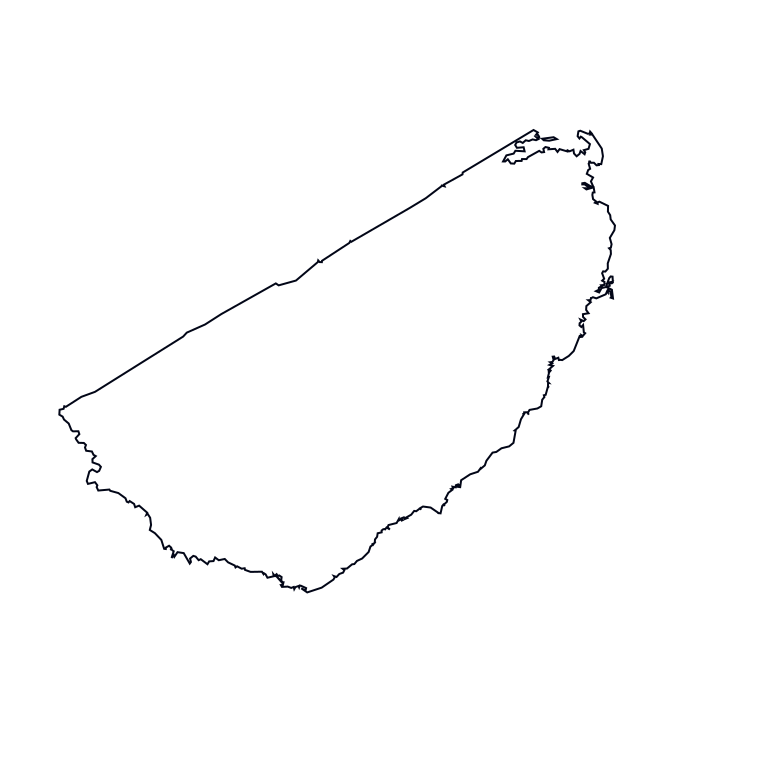 the district of Misamis Occidental, Misamis Occidental, Philippines, rotated 60°
{"feature_id": "2640588B78942230860818", "entity_name": "Misamis Occidental", "entity_type": "district", "adm_level": 2, "iso_a3": "PHL", "parent_name": "Philippines", "parent_adm1": "Misamis Occidental", "projection": "albers", "projection_center": [123.731, 8.341], "detail": "fine", "context": "isolated", "style": "outline", "palette": "ink", "viewbox_px": 768, "rotation_deg": 60, "n_neighbors": 0, "source": "geoboundaries", "source_scale": "gbopen_adm2", "svg_char_len": 6119}
<svg xmlns="http://www.w3.org/2000/svg" viewBox="0 0 768 768"><g transform="rotate(60 384 384)"><path d="M312.5,683.0L319.3,689.9L322.5,690.3L324.5,683.4L328.4,682.9L329.6,684.4L333.4,684.7L338.1,674.6L339.6,674.5L345.6,668.6L353.7,665.0L357.3,665.6L358.8,664.5L358.2,662.8L362.9,660.4L366.3,661.1L366.9,656.9L377.1,653.4L378.4,655.1L378.3,653.6L382.9,653.4L389.6,656.2L393.3,659.8L398.6,657.0L407.7,654.8L416.8,656.8L417.8,655.5L416.6,654.7L416.6,651.0L419.3,650.1L420.7,651.0L421.3,649.6L421.0,650.8L423.6,649.9L423.1,649.1L428.4,654.9L427.3,651.6L428.8,651.9L426.4,646.9L430.3,642.0L442.4,642.0L441.6,640.2L438.2,639.2L437.5,635.1L439.3,633.4L443.9,632.6L444.1,630.3L451.8,627.0L450.2,624.1L452.1,620.2L449.8,617.0L454.0,615.2L455.9,609.4L460.5,608.2L466.6,604.0L468.6,604.3L468.4,602.4L472.8,599.6L473.9,596.8L475.5,597.3L480.0,593.5L485.5,583.6L488.4,583.4L487.9,582.6L489.7,581.7L493.5,581.8L495.5,575.2L494.2,575.2L493.4,574.9L495.4,574.6L495.0,572.1L497.2,572.0L497.4,570.5L500.0,569.2L502.1,570.8L503.9,571.4L504.7,570.8L505.1,571.2L496.6,573.2L496.0,573.7L495.6,574.5L496.8,573.3L505.8,571.5L505.9,570.6L507.4,572.0L506.6,573.8L508.7,573.8L511.3,568.7L514.2,566.3L514.6,563.7L516.8,564.3L515.6,562.3L516.2,559.0L517.7,559.2L516.4,557.7L517.2,556.8L521.8,553.5L523.6,555.2L519.6,557.8L526.1,554.7L529.2,539.8L528.1,525.6L526.8,523.3L525.3,523.4L527.4,521.6L526.2,517.7L526.9,513.7L525.4,511.4L523.3,512.2L525.3,508.3L524.2,501.8L525.1,499.7L523.7,495.9L524.2,490.2L521.8,481.3L518.0,477.0L517.7,474.4L516.1,473.9L517.7,473.7L516.5,471.1L517.5,470.5L516.4,471.1L514.1,469.5L512.9,466.4L510.1,464.1L511.3,460.2L509.7,459.3L509.4,457.3L510.0,455.8L510.8,456.4L509.5,453.5L512.9,451.7L509.8,452.5L508.4,450.6L510.7,442.6L508.3,438.6L509.6,439.1L509.6,436.8L511.1,436.9L511.2,436.0L509.0,436.3L509.4,433.5L511.3,433.8L511.7,431.0L510.7,431.5L510.8,425.8L509.0,421.3L510.3,419.7L509.7,415.1L511.4,414.7L509.6,414.8L509.6,411.5L514.3,405.4L522.9,401.3L523.7,402.1L523.0,401.3L524.3,399.7L518.8,394.6L518.1,392.8L520.0,392.4L518.4,392.5L517.5,388.5L516.1,387.2L514.1,388.4L510.4,382.6L509.8,377.8L508.5,378.3L508.9,376.3L507.2,376.0L509.3,373.6L507.6,372.4L508.0,369.9L509.2,369.4L510.0,370.9L509.0,372.7L511.4,369.6L505.9,365.3L505.3,354.5L507.0,346.5L504.7,341.3L505.8,342.6L504.9,337.4L501.7,333.7L497.7,324.3L499.0,320.7L498.4,314.4L500.6,306.8L499.7,301.3L490.0,293.1L490.1,293.6L489.6,294.1L488.6,288.9L483.0,283.0L480.0,277.6L479.5,279.3L479.7,277.4L478.6,276.8L480.0,274.2L483.0,273.9L481.0,274.0L479.2,270.9L481.9,263.4L481.9,259.0L476.7,254.8L475.5,251.6L473.7,251.2L474.2,249.4L468.4,243.5L469.4,242.5L468.4,243.4L465.0,241.3L465.5,240.7L463.5,241.2L460.5,237.8L460.2,238.8L456.5,235.2L455.1,235.5L456.3,234.6L455.4,232.1L455.5,234.3L453.9,234.6L452.8,228.6L450.2,231.1L450.2,228.1L448.3,229.1L449.1,227.1L448.0,225.1L444.7,224.2L445.3,222.9L447.9,223.2L448.4,219.9L451.5,220.8L450.6,220.1L452.4,217.7L452.1,209.9L450.3,203.2L439.7,189.8L441.4,190.7L442.1,189.0L440.4,188.6L441.8,187.8L440.6,184.4L439.2,185.1L432.5,182.1L433.3,184.6L431.0,185.4L429.2,184.2L428.6,181.8L426.4,181.7L429.4,179.6L428.8,177.2L425.5,178.1L423.0,176.8L425.0,171.5L420.9,171.9L417.7,169.8L416.5,164.0L413.6,165.2L414.6,163.2L412.4,161.2L413.3,161.7L413.3,159.7L416.0,157.3L417.2,147.1L415.4,144.7L416.8,144.4L413.8,142.7L415.3,143.2L417.2,141.5L418.9,142.8L417.8,141.2L418.9,141.0L419.4,142.7L422.0,143.2L422.6,144.5L424.4,142.9L416.3,139.5L413.8,141.2L414.8,142.3L413.0,141.8L411.2,143.0L411.8,139.4L410.2,138.6L409.2,139.5L409.8,137.7L408.8,137.6L409.5,135.6L410.0,137.0L410.7,136.4L410.5,135.0L405.3,132.4L404.2,133.9L404.9,136.0L408.4,140.3L407.4,138.7L408.6,138.4L408.6,140.7L411.1,143.0L409.7,147.6L412.3,151.9L409.6,154.0L409.8,150.8L408.1,149.8L408.1,146.3L407.1,146.5L408.4,143.6L405.8,142.0L403.6,143.4L402.9,140.7L397.1,139.7L396.0,137.9L397.3,136.1L396.1,132.5L391.4,129.9L384.9,122.5L381.4,120.7L379.0,121.2L379.4,119.4L376.7,117.0L370.4,115.4L366.0,107.6L362.2,104.7L354.8,105.4L350.9,103.7L346.7,103.9L341.8,100.9L333.8,106.3L333.5,108.2L334.8,108.9L332.5,110.7L332.1,109.0L328.4,110.5L324.4,109.0L322.6,107.5L323.3,105.9L318.5,104.1L316.7,111.4L314.9,112.2L316.9,109.0L315.8,107.7L314.6,108.3L314.9,107.3L314.2,108.3L314.5,109.1L311.5,110.4L310.3,112.5L309.3,111.9L310.2,109.5L316.8,105.8L316.8,104.0L312.0,103.5L309.7,99.7L303.4,103.3L300.8,100.2L300.7,97.9L295.5,96.6L294.6,94.5L294.3,94.5L294.0,95.3L293.5,95.6L294.3,94.3L295.9,94.2L297.3,91.6L300.9,90.6L301.8,88.5L300.7,88.2L302.2,85.9L296.2,80.5L289.0,77.7L272.2,78.8L271.4,80.2L271.0,78.8L268.5,79.3L269.9,80.6L269.2,82.4L262.8,87.4L262.4,89.3L266.2,92.4L269.1,92.0L268.2,89.9L269.4,89.2L279.2,85.7L282.6,89.3L281.4,94.0L284.0,93.9L285.3,95.4L280.5,97.3L282.5,99.6L283.1,103.3L279.4,104.2L275.8,102.8L275.3,106.9L273.3,108.3L273.6,108.8L274.4,108.6L274.5,108.7L268.4,114.5L269.8,117.7L265.9,118.2L263.0,124.2L261.9,123.1L259.5,125.7L260.0,128.4L263.2,129.4L262.2,131.8L259.7,133.0L259.5,145.9L260.5,148.1L258.2,152.0L259.6,153.3L256.8,158.3L258.3,161.0L256.4,163.9L251.3,164.4L251.9,167.8L250.8,169.6L247.2,163.7L249.3,156.5L247.7,153.6L252.8,145.9L248.8,144.7L245.9,150.8L242.6,150.9L241.1,148.5L241.9,145.0L244.6,143.3L243.8,139.4L246.0,137.0L246.5,133.0L248.9,130.4L249.1,127.9L246.4,128.7L248.2,126.3L247.3,126.0L245.2,126.1L244.2,127.8L243.1,125.0L238.8,127.5L240.2,210.1L241.7,211.2L241.3,232.5L243.1,232.7L240.4,235.4L241.4,234.8L244.0,255.0L244.4,273.6L244.5,341.3L243.3,341.7L244.5,343.5L246.3,376.1L247.4,376.9L246.2,378.8L244.1,379.2L245.3,380.3L250.4,408.5L245.9,425.9L242.8,427.4L242.1,489.9L243.0,509.2L240.9,529.1L242.5,534.2L246.3,638.2L243.8,652.5L244.7,670.9L243.4,672.0L245.3,673.9L244.1,677.8L248.2,680.5L251.6,678.6L254.8,678.9L260.6,676.8L267.7,677.8L269.5,677.0L272.1,672.3L275.1,672.9L276.7,678.1L277.8,678.3L282.2,677.9L285.0,673.4L287.8,672.6L289.5,674.7L292.9,675.3L296.4,670.7L300.1,671.0L302.3,669.7L303.3,674.1L306.2,675.6L311.3,671.2L314.2,670.6L316.8,674.1L316.8,676.6L312.1,679.4L312.5,683.0ZM258.3,111.9L255.1,113.7L250.7,124.4L252.8,123.8L255.9,119.3L258.3,111.9Z" fill="none" stroke="#020617" stroke-width="2"/></g></svg>